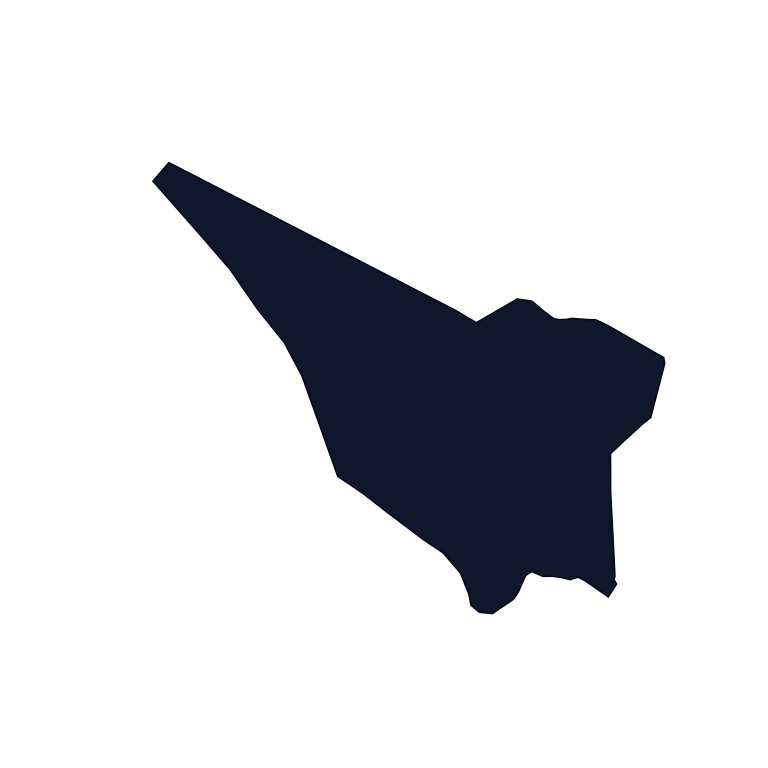 Batha Est, Batha, Chad, rotated 298°
{"feature_id": "50815135B79604505945545", "entity_name": "Batha Est", "entity_type": "district", "adm_level": 2, "iso_a3": "TCD", "parent_name": "Chad", "parent_adm1": "Batha", "projection": "orthographic", "projection_center": [19.699, 14.229], "detail": "fine", "context": "isolated", "style": "filled", "palette": "ink", "viewbox_px": 768, "rotation_deg": 298, "n_neighbors": 0, "source": "geoboundaries", "source_scale": "gbopen_adm2", "svg_char_len": 1153}
<svg xmlns="http://www.w3.org/2000/svg" viewBox="0 0 768 768"><g transform="rotate(298 384 384)"><path d="M301.3,682.0L316.6,683.3L318.1,680.9L319.6,678.6L321.1,678.5L322.3,678.4L350.0,661.9L395.6,634.5L411.2,626.2L428.9,616.7L429.1,616.7L450.2,624.0L454.1,625.4L469.8,631.0L479.7,635.3L479.8,635.2L533.8,622.3L538.7,618.6L538.8,611.7L538.8,611.0L538.8,610.9L540.7,556.6L540.7,555.8L540.8,554.3L540.1,541.0L537.7,536.0L537.4,535.4L535.9,532.2L530.1,519.0L528.6,517.2L526.9,515.0L524.9,511.5L523.1,508.6L522.4,506.5L521.4,503.3L521.5,503.2L521.8,500.3L522.6,496.1L523.0,493.0L523.1,492.0L523.6,489.7L526.6,475.9L526.2,474.7L521.6,461.5L520.2,460.8L514.2,457.1L481.5,436.7L482.6,412.4L481.5,325.6L478.7,105.8L478.5,90.1L454.6,84.7L429.1,152.3L412.9,194.2L391.2,236.1L373.6,276.7L352.7,307.6L313.7,350.5L280.7,386.5L277.6,415.8L271.6,450.6L269.8,462.2L265.1,491.5L262.6,515.4L253.0,540.2L237.9,558.0L229.5,564.6L227.2,575.2L232.1,587.5L241.3,592.3L254.7,599.4L263.6,600.3L273.6,599.5L281.6,599.0L287.8,602.7L288.7,614.5L293.4,623.3L296.4,631.3L298.5,640.0L304.5,646.0L304.7,653.4L301.3,682.0Z" fill="#0f172a" stroke="#020617" stroke-width="1.5"/></g></svg>